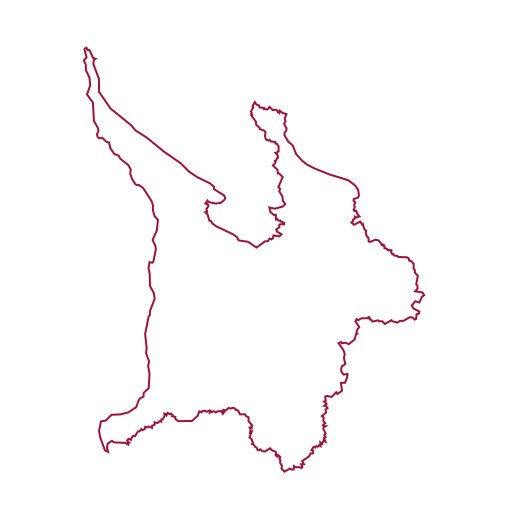 outline of Mueang Trat, Trat, Thailand, rotated 177°
{"feature_id": "78962969B49294102146766", "entity_name": "Mueang Trat", "entity_type": "district", "adm_level": 2, "iso_a3": "THA", "parent_name": "Thailand", "parent_adm1": "Trat", "projection": "albers", "projection_center": [102.588, 12.22], "detail": "fine", "context": "isolated", "style": "outline", "palette": "rose", "viewbox_px": 512, "rotation_deg": 177, "n_neighbors": 0, "source": "geoboundaries", "source_scale": "gbopen_adm2", "svg_char_len": 6023}
<svg xmlns="http://www.w3.org/2000/svg" viewBox="0 0 512 512"><g transform="rotate(177 256 256)"><path d="M221.7,41.8L220.7,42.9L221.8,45.7L219.0,45.6L220.6,48.8L213.5,53.1L211.8,56.0L209.3,56.0L209.1,58.6L210.7,59.2L208.5,62.4L206.9,61.6L205.9,62.9L204.2,62.3L202.7,63.8L201.5,62.8L201.5,66.5L199.8,64.8L198.2,68.3L196.4,67.1L197.6,70.8L196.0,71.4L197.2,73.6L195.7,75.1L197.9,79.9L197.3,81.5L195.4,82.5L197.7,82.9L197.9,83.8L195.6,85.5L197.4,87.7L196.9,91.0L198.7,92.7L194.2,96.0L194.6,98.9L192.5,100.4L193.9,102.5L195.6,102.8L193.3,104.6L195.6,107.1L194.0,107.4L194.2,112.0L192.4,112.5L187.8,111.3L183.0,115.8L182.0,114.0L177.1,116.9L177.9,124.9L173.8,124.7L171.3,130.1L170.8,133.3L174.8,133.0L176.8,136.1L176.8,139.4L175.7,141.6L172.5,143.4L173.5,149.6L172.5,153.4L173.7,157.6L178.1,164.6L175.4,165.7L174.8,164.3L171.1,164.7L168.0,163.1L161.9,167.4L160.3,172.5L159.0,173.1L159.8,173.8L158.7,177.2L156.6,179.7L160.2,185.6L158.7,187.7L157.4,186.5L153.9,188.3L147.4,188.0L147.0,189.0L146.0,189.0L145.6,186.7L143.8,185.8L143.2,184.4L137.5,185.4L136.8,184.4L133.3,184.2L130.9,181.4L124.0,184.8L123.4,183.8L118.4,182.1L115.8,183.6L111.9,183.6L105.5,186.9L103.1,186.4L100.7,184.2L99.5,184.7L98.6,189.5L96.4,189.9L95.7,191.8L101.4,195.3L103.0,198.4L99.4,202.5L95.3,201.0L92.4,206.6L90.1,208.1L91.7,210.9L98.9,212.4L96.4,214.9L96.4,218.1L97.5,219.3L95.4,227.6L98.1,231.0L98.2,233.8L99.3,235.0L98.9,239.9L101.7,243.0L103.4,243.5L103.5,245.4L104.8,246.7L113.9,247.6L114.9,248.7L117.6,249.1L118.8,250.7L119.7,250.4L120.8,252.4L120.3,255.5L121.2,254.2L122.8,255.2L123.7,254.7L125.1,256.5L127.3,257.0L127.1,259.1L128.3,259.6L127.5,261.1L129.1,260.0L130.1,260.5L130.1,261.7L132.9,265.2L135.7,266.0L141.6,264.1L142.7,264.6L142.7,268.1L144.5,270.1L145.2,273.9L144.6,275.2L146.6,277.6L147.5,282.3L148.3,281.7L150.1,284.9L156.5,282.1L158.9,284.3L157.3,285.7L157.0,287.5L155.6,288.1L155.2,290.1L153.9,289.1L150.6,290.1L152.5,292.4L153.6,296.0L155.3,295.6L156.1,297.0L154.8,299.4L155.3,301.7L154.1,304.3L155.6,305.9L155.5,307.7L150.9,309.1L150.0,311.3L150.5,316.5L153.0,320.9L159.8,326.8L179.1,333.9L193.2,340.5L200.1,344.5L204.8,348.6L210.5,355.6L213.7,364.7L217.7,368.3L221.3,375.2L220.9,377.7L219.0,380.0L218.9,381.9L221.0,386.5L219.5,389.3L220.1,391.4L218.2,396.2L222.1,397.5L224.1,399.3L225.0,398.0L225.3,399.7L226.6,398.4L227.6,400.5L229.2,401.2L231.6,400.7L234.7,404.2L236.8,401.8L240.5,402.3L240.3,403.4L244.7,404.2L245.2,406.2L247.8,407.3L249.0,409.7L251.0,407.1L251.6,405.4L250.9,404.7L253.5,400.5L252.8,399.3L253.5,398.3L252.4,397.1L253.2,396.5L249.0,390.0L249.0,387.0L245.8,384.1L245.6,382.6L241.1,380.7L240.0,379.2L240.8,375.1L239.9,371.7L237.5,370.7L236.5,371.4L235.1,369.6L230.7,368.8L230.7,367.3L229.3,367.0L227.7,364.3L228.0,359.2L229.1,359.1L229.6,357.6L230.9,357.8L229.1,355.5L228.9,352.9L230.1,352.4L230.8,350.4L232.1,350.1L231.7,348.0L234.4,345.5L230.1,341.1L229.9,337.3L228.8,337.4L225.2,333.5L230.1,323.6L228.4,321.7L229.4,319.5L226.5,313.9L226.2,309.6L224.0,306.3L226.8,303.9L234.8,302.3L240.1,303.8L239.3,299.2L236.2,296.1L234.0,296.2L234.2,291.4L232.9,291.7L231.7,290.2L230.0,290.2L229.7,289.2L226.2,287.8L226.3,286.2L230.4,286.4L231.3,285.5L231.2,283.5L234.4,281.3L233.6,279.1L229.4,276.4L231.7,274.4L237.5,275.6L238.1,273.0L239.8,271.7L241.5,272.7L243.4,270.1L246.2,270.2L255.1,264.4L263.2,270.6L272.5,272.5L274.0,275.8L277.0,278.4L294.4,287.9L297.8,290.7L299.3,293.5L300.7,293.7L302.2,300.0L304.3,302.4L302.4,302.7L303.1,305.5L300.8,308.5L301.6,310.3L303.8,311.0L301.6,313.9L300.8,312.5L293.7,310.5L288.5,310.9L284.5,313.8L283.7,315.6L284.7,318.2L294.6,325.1L294.2,327.3L298.5,331.2L310.4,337.7L318.2,343.5L326.4,352.6L342.4,365.0L358.8,379.9L369.8,387.7L373.6,392.9L393.4,410.7L404.1,428.0L403.6,441.2L408.3,455.9L407.8,460.0L405.8,461.3L408.3,462.3L411.6,470.5L413.4,470.5L414.4,472.9L415.8,472.4L416.5,471.4L414.8,463.2L417.7,460.2L416.0,456.0L416.1,450.5L413.0,442.8L412.6,435.2L416.3,426.1L410.8,417.7L410.8,399.4L407.0,391.7L406.9,388.7L408.5,385.9L407.8,382.8L405.8,381.6L403.5,382.2L399.3,377.8L396.9,377.1L395.7,371.0L392.1,365.2L388.0,363.5L386.3,360.1L378.8,353.6L376.6,349.1L377.3,344.9L375.9,339.7L372.7,334.0L370.8,332.9L369.3,333.1L365.1,329.7L357.5,316.5L356.3,312.3L356.5,307.0L355.3,301.3L352.0,297.2L353.7,286.8L358.4,277.4L355.9,271.1L355.7,267.7L358.7,256.1L359.7,254.7L362.7,255.4L364.0,249.2L363.1,244.3L363.4,231.5L360.1,224.7L359.4,218.6L364.8,206.5L365.1,202.5L366.4,201.1L370.8,183.9L370.0,169.8L370.9,164.5L368.2,156.2L369.5,152.2L368.5,144.0L370.0,129.8L375.3,125.2L375.8,121.3L379.1,120.1L380.7,118.1L383.6,111.2L391.7,106.5L399.6,104.9L408.5,105.0L414.7,99.5L419.5,98.9L421.9,89.5L420.9,82.3L417.0,69.8L414.0,68.1L414.8,72.3L414.0,76.3L409.6,79.0L407.4,77.3L396.2,76.2L393.6,74.4L393.7,76.2L392.4,76.3L394.3,78.3L393.6,79.6L392.3,80.2L390.4,78.9L389.4,81.5L387.8,82.9L386.4,82.3L383.0,87.0L381.5,87.0L379.5,89.2L378.6,88.1L376.5,88.7L375.6,91.2L374.2,90.4L372.6,91.4L368.9,89.9L368.7,91.9L366.1,92.7L366.0,95.2L363.0,94.4L360.8,96.1L359.2,95.5L359.1,97.7L357.7,97.8L355.5,101.4L355.8,103.4L354.0,103.0L353.6,101.8L352.3,104.0L350.1,102.4L349.0,103.0L347.5,101.3L348.0,100.4L345.0,99.5L345.1,97.5L342.2,95.1L328.6,94.6L322.5,99.5L320.8,103.8L318.4,102.8L317.9,103.9L315.1,104.2L313.4,103.0L310.4,104.3L309.4,103.7L310.2,102.0L306.3,103.2L304.3,101.9L302.1,103.0L298.8,102.9L297.4,100.1L296.0,101.7L297.3,102.9L296.7,104.2L294.3,103.2L291.5,105.7L289.2,105.0L286.7,105.7L284.5,104.5L284.1,103.2L281.9,102.6L280.2,98.6L275.2,98.5L274.4,96.6L271.9,95.4L272.1,91.4L268.6,87.0L269.5,86.3L269.2,84.7L271.2,84.9L270.4,83.2L271.2,80.0L269.4,80.8L272.0,75.3L270.0,73.4L268.9,70.0L269.8,68.4L268.3,68.0L267.0,65.6L265.2,64.4L264.7,62.4L263.2,61.8L261.8,62.8L259.8,60.7L257.2,60.3L252.1,63.3L250.1,61.0L246.7,59.6L246.0,57.3L246.9,56.4L246.1,55.2L244.8,55.8L244.8,54.8L243.7,55.5L242.3,54.0L243.2,52.1L242.3,50.8L242.8,48.4L241.0,44.9L241.7,42.7L238.9,39.1L233.2,42.0L231.8,40.8L229.5,40.8L229.1,44.2L227.7,43.0L223.9,42.9L221.7,41.8Z" fill="none" stroke="#9f1239" stroke-width="2"/></g></svg>